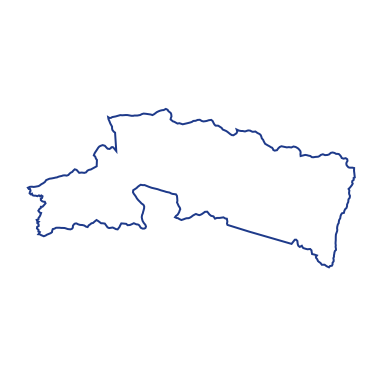 Rancharia, São Paulo, Brazil, rotated 86°
{"feature_id": "56859067B22879674768233", "entity_name": "Rancharia", "entity_type": "district", "adm_level": 2, "iso_a3": "BRA", "parent_name": "Brazil", "parent_adm1": "São Paulo", "projection": "orthographic", "projection_center": [-50.923, -22.313], "detail": "fine", "context": "isolated", "style": "outline", "palette": "blue", "viewbox_px": 384, "rotation_deg": 86, "n_neighbors": 0, "source": "geoboundaries", "source_scale": "gbopen_adm2", "svg_char_len": 6028}
<svg xmlns="http://www.w3.org/2000/svg" viewBox="0 0 384 384"><g transform="rotate(86 192 192)"><path d="M212.8,36.8L211.3,36.6L210.2,36.4L208.8,35.1L206.9,34.7L205.2,35.3L203.9,35.4L201.4,34.9L199.9,35.6L198.6,34.1L196.4,32.1L194.9,31.1L193.5,31.6L192.2,31.3L191.1,29.8L189.3,29.8L188.8,28.6L183.9,28.8L182.3,28.9L179.4,28.6L178.9,30.3L178.7,33.0L178.3,34.2L177.1,35.2L176.0,35.9L174.7,36.1L173.4,35.8L171.8,34.7L170.1,34.9L169.0,36.3L169.3,38.6L168.5,40.3L167.1,40.8L165.6,41.8L164.4,42.9L164.1,44.2L164.0,45.6L163.0,47.1L162.4,48.9L162.6,50.7L164.1,52.7L164.5,54.4L164.5,56.7L163.5,58.8L164.0,60.9L165.1,62.4L165.6,63.8L165.6,66.3L165.8,68.4L165.6,70.0L164.3,71.5L163.8,73.4L163.3,74.7L162.9,76.5L163.7,81.1L161.7,81.2L160.5,80.9L158.9,81.0L157.0,82.2L155.7,83.4L154.3,85.5L153.7,87.6L154.5,89.8L154.0,92.2L154.1,94.3L153.6,96.1L152.6,99.6L153.2,101.3L154.3,102.7L155.2,103.5L156.2,104.3L156.5,106.6L155.8,107.9L154.6,108.3L153.4,109.0L152.8,110.2L151.8,111.5L150.8,113.1L149.0,115.7L146.4,116.9L144.9,117.4L143.4,118.6L141.9,118.9L140.2,119.4L138.9,120.5L137.7,122.6L136.1,124.5L136.2,126.3L136.1,127.6L134.8,129.8L134.5,131.7L134.9,133.4L135.3,134.9L134.7,137.2L134.6,138.7L134.0,140.9L132.8,143.1L134.8,142.6L136.6,143.6L138.3,146.7L138.0,148.3L137.0,149.7L134.5,152.4L133.5,153.7L131.8,157.0L130.1,158.0L127.7,161.2L127.4,163.9L126.4,164.8L125.3,165.4L122.6,166.5L121.4,167.8L121.6,170.4L122.1,172.2L122.3,173.8L122.4,175.6L121.9,177.2L120.5,179.2L120.5,181.4L121.2,183.4L121.2,185.7L122.1,187.3L122.5,188.8L123.0,191.5L123.8,196.5L122.5,199.8L122.7,201.7L120.7,204.8L120.2,206.1L118.1,208.3L116.7,207.9L115.2,207.2L112.9,207.3L111.6,207.8L109.7,209.9L108.3,210.6L107.3,212.3L108.3,214.6L108.3,216.0L108.6,217.9L109.1,219.6L109.9,221.6L111.1,223.4L111.8,224.5L112.5,226.1L111.8,227.8L110.8,232.4L110.4,234.8L110.8,236.6L111.6,238.4L111.9,241.2L111.7,244.1L111.9,245.5L111.8,246.9L110.8,250.8L110.6,252.5L110.6,256.2L110.3,258.2L111.3,262.9L111.7,266.3L112.4,267.7L112.4,269.1L111.5,270.4L113.6,270.2L115.7,269.4L118.0,268.7L121.2,267.2L122.9,267.3L124.5,267.1L126.3,265.9L127.4,264.6L145.9,264.7L144.2,265.9L143.0,266.7L141.7,267.9L141.7,269.2L142.7,270.1L143.3,271.3L142.9,273.2L141.6,274.3L139.8,275.7L139.0,277.8L139.4,279.4L140.1,281.2L141.2,282.4L143.9,284.4L145.8,285.9L146.9,286.6L148.6,287.4L149.9,286.1L152.0,285.5L153.4,284.6L159.7,285.3L162.5,291.4L162.7,293.1L163.4,294.8L165.0,296.3L165.4,298.1L164.9,300.7L165.0,303.2L161.9,305.6L161.2,307.4L162.4,308.9L163.6,310.0L164.3,311.7L165.2,312.9L166.4,314.1L166.9,315.8L166.5,317.7L166.5,319.4L166.9,320.9L167.2,323.0L167.5,324.3L168.0,325.7L168.1,327.1L168.4,328.8L168.7,331.3L168.8,333.2L169.5,335.3L170.0,336.7L171.6,337.9L172.8,339.7L173.7,341.7L174.8,343.4L175.4,344.6L175.8,347.9L175.9,349.6L175.6,351.1L175.5,353.2L176.3,355.4L177.6,354.6L177.8,353.3L179.6,353.0L180.7,353.7L182.0,354.1L183.1,353.0L182.5,351.8L184.1,351.3L184.6,350.0L184.8,348.1L185.4,346.5L184.7,344.9L185.8,343.8L184.9,342.6L185.8,341.4L187.5,342.0L188.2,343.3L189.6,343.3L190.8,342.1L191.3,340.9L191.5,339.5L193.1,338.9L195.1,340.9L196.3,342.2L196.2,343.8L197.6,344.1L198.2,345.3L200.0,346.6L201.9,345.3L202.4,344.0L204.3,344.8L205.9,345.7L207.0,346.8L208.5,347.1L209.0,348.9L210.2,348.5L211.0,347.0L212.1,348.5L213.5,347.3L215.2,347.3L216.0,348.9L217.5,349.2L219.3,347.7L220.7,348.0L221.4,346.6L222.5,347.3L223.4,348.1L223.6,346.8L224.5,345.5L225.8,342.9L225.2,341.0L224.5,339.8L223.2,335.9L222.3,334.5L221.0,334.2L219.3,333.5L219.0,331.8L218.2,330.1L218.3,328.4L218.4,326.7L218.7,325.0L219.0,321.8L219.4,320.6L220.3,318.5L220.8,315.8L220.3,314.3L219.3,313.4L217.3,313.1L216.0,312.0L215.3,310.8L215.3,309.4L216.3,307.8L217.0,306.0L217.3,303.7L217.9,301.8L219.2,300.1L219.7,298.6L218.1,297.4L217.1,295.7L216.2,294.5L216.0,292.9L214.6,291.1L213.3,289.2L214.5,287.5L216.8,284.9L217.0,283.2L217.4,281.2L220.1,279.5L221.4,278.7L222.2,277.2L221.9,273.6L222.6,272.3L223.7,270.5L224.1,268.8L221.6,266.6L220.5,266.1L218.4,264.7L218.8,262.0L219.2,259.8L220.6,258.6L220.6,256.3L220.0,254.5L219.1,252.2L220.4,249.7L220.6,248.3L221.5,247.0L224.1,245.6L225.1,243.8L225.2,242.3L224.7,241.0L223.2,240.3L221.5,240.8L219.4,242.3L217.4,243.3L215.4,243.7L213.5,243.9L211.5,243.4L209.9,242.6L208.3,242.1L207.0,241.6L204.8,240.9L203.1,240.7L201.8,241.1L200.8,242.0L199.9,243.2L198.6,244.2L196.3,246.2L194.6,247.4L192.7,248.3L191.2,249.2L189.7,250.2L188.1,250.9L186.1,250.5L185.2,248.8L184.1,246.9L183.1,245.8L182.3,244.6L181.2,242.7L181.7,240.8L181.8,238.8L183.8,234.7L185.0,231.9L186.8,226.1L188.2,222.8L189.4,219.4L190.1,217.7L191.0,214.4L191.8,213.2L192.5,211.7L193.2,208.2L194.8,207.3L197.0,207.2L198.4,207.2L199.9,207.2L201.3,207.7L202.5,207.2L203.9,206.7L205.4,206.1L206.6,205.3L208.3,204.9L209.6,205.6L211.1,206.2L212.2,206.9L213.6,207.9L214.8,209.7L216.0,210.7L216.9,209.1L217.1,207.9L218.2,206.4L219.2,204.5L218.7,202.5L218.2,200.9L217.8,199.4L217.9,197.3L217.5,196.0L216.7,194.4L215.6,192.8L214.7,190.9L214.2,189.6L214.9,188.2L215.6,186.4L215.3,185.1L214.7,183.7L213.7,182.0L212.7,180.5L212.7,178.2L214.2,177.1L215.5,176.3L217.1,174.6L217.8,172.3L220.2,170.9L219.6,169.0L219.8,166.5L219.5,162.4L220.8,160.5L221.1,159.1L223.9,158.8L226.0,159.3L227.3,158.9L235.5,137.8L250.7,96.3L246.8,92.8L246.8,91.5L248.2,90.3L250.8,90.2L252.1,90.0L253.3,89.5L254.3,88.3L253.3,86.2L254.5,85.7L255.7,84.9L256.7,82.3L257.2,80.7L257.1,78.1L258.5,76.9L260.1,76.8L262.3,76.5L262.9,74.4L264.0,71.8L265.4,73.0L266.6,72.7L267.7,71.8L269.6,71.2L270.8,70.0L271.7,68.8L273.6,67.6L273.8,64.8L275.5,62.8L276.7,60.6L275.5,59.5L275.3,57.6L274.2,56.9L272.4,56.7L271.1,55.6L269.6,55.4L267.9,55.6L266.5,54.9L265.0,54.8L263.7,54.4L262.5,54.2L260.9,53.6L259.8,52.4L258.4,52.4L256.8,52.6L255.2,52.3L253.3,52.4L251.6,52.2L250.4,52.0L246.6,51.7L244.4,51.4L241.0,49.9L239.6,49.7L238.3,49.8L236.7,49.5L234.6,48.8L233.2,47.8L231.8,47.6L230.1,47.1L228.6,46.0L226.4,45.5L225.0,44.9L223.7,43.9L223.4,41.9L221.6,41.4L219.9,40.5L218.7,39.0L216.9,38.3L215.4,38.2L214.2,37.6L212.8,36.8Z" fill="none" stroke="#1e3a8a" stroke-width="2"/></g></svg>